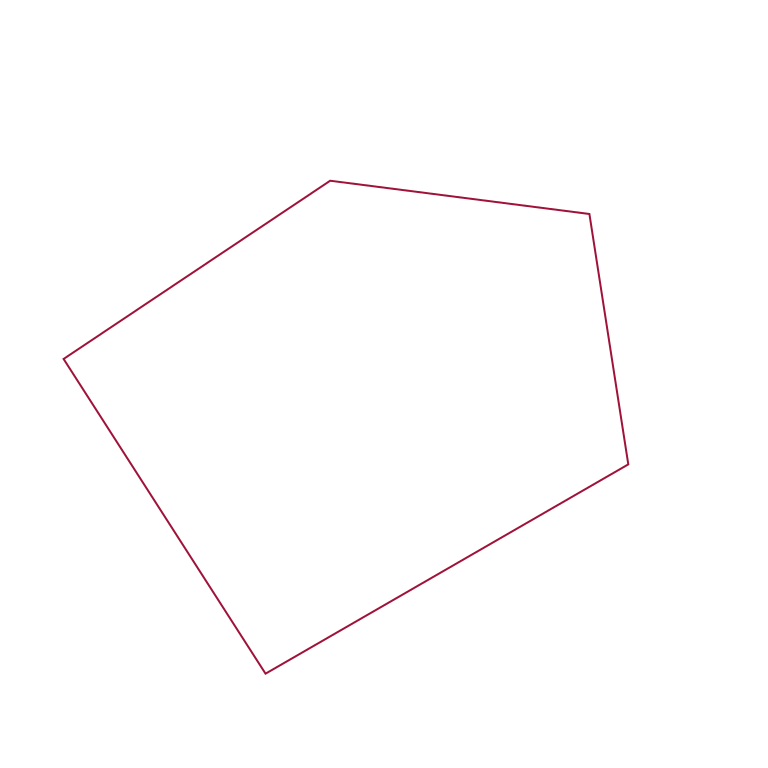 Baile Tusnad, Covasna, Romania, rotated 144°
{"feature_id": "2599482B64409374014432", "entity_name": "Baile Tusnad", "entity_type": "district", "adm_level": 2, "iso_a3": "ROU", "parent_name": "Romania", "parent_adm1": "Covasna", "projection": "orthographic", "projection_center": [25.855, 46.122], "detail": "fine", "context": "isolated", "style": "outline", "palette": "rose", "viewbox_px": 768, "rotation_deg": 144, "n_neighbors": 0, "source": "geoboundaries", "source_scale": "gbopen_adm2", "svg_char_len": 238}
<svg xmlns="http://www.w3.org/2000/svg" viewBox="0 0 768 768"><g transform="rotate(144 384 384)"><path d="M308.1,580.1L628.5,592.6L650.1,219.3L233.6,175.4L117.9,400.8L308.1,580.1Z" fill="none" stroke="#9f1239" stroke-width="2"/></g></svg>